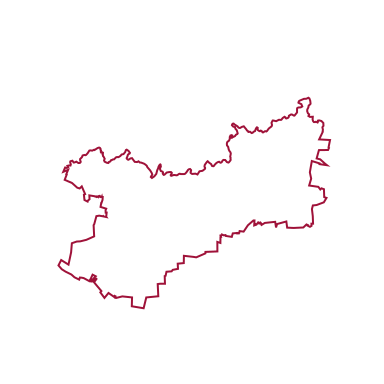 Dr Kenneth Kaunda, North West, South Africa, rotated 202°
{"feature_id": "47623444B93741575558004", "entity_name": "Dr Kenneth Kaunda", "entity_type": "district", "adm_level": 2, "iso_a3": "ZAF", "parent_name": "South Africa", "parent_adm1": "North West", "projection": "natural_earth1", "projection_center": [26.683, -26.884], "detail": "fine", "context": "isolated", "style": "outline", "palette": "rose", "viewbox_px": 384, "rotation_deg": 202, "n_neighbors": 0, "source": "geoboundaries", "source_scale": "gbopen_adm2", "svg_char_len": 6067}
<svg xmlns="http://www.w3.org/2000/svg" viewBox="0 0 384 384"><g transform="rotate(202 192 192)"><path d="M217.5,69.1L208.1,71.8L205.0,63.5L193.3,66.1L194.9,77.1L184.2,82.7L189.3,93.8L187.4,94.9L182.7,96.8L185.8,103.8L185.1,104.4L185.8,108.5L181.2,110.8L180.7,112.6L176.2,115.5L178.4,120.2L173.0,123.0L175.6,129.8L166.3,132.4L163.6,133.0L156.6,140.1L157.1,141.5L146.2,146.4L149.8,155.2L146.6,155.4L148.7,160.8L148.2,161.2L149.3,162.4L147.8,163.6L147.9,163.8L146.4,163.7L144.8,164.6L144.3,163.9L138.3,165.3L138.7,168.9L135.0,170.8L135.3,171.7L134.6,170.5L133.2,171.1L133.4,171.6L132.9,171.9L133.2,173.6L129.3,174.6L127.7,182.1L124.4,188.6L123.4,189.0L121.8,184.3L120.9,185.1L120.8,186.1L120.0,186.0L119.3,188.5L118.4,188.1L118.3,188.5L117.7,188.2L117.1,189.3L116.0,188.7L116.3,188.4L115.2,187.5L112.9,190.6L103.7,195.5L100.8,190.6L101.1,194.2L93.5,200.0L90.4,194.6L84.4,196.7L75.5,200.8L73.7,204.8L72.1,204.7L72.1,204.1L69.6,203.9L68.5,205.4L69.4,207.4L67.9,208.0L71.0,214.9L74.4,221.1L74.9,224.8L71.6,226.6L65.9,231.8L65.1,236.9L67.5,236.8L70.7,244.0L73.3,243.9L74.0,242.4L76.8,244.1L85.8,241.9L86.5,249.0L90.1,254.4L92.5,265.6L84.4,266.3L84.2,265.6L76.9,267.4L79.3,268.1L85.3,270.3L89.0,269.8L90.0,278.4L81.6,281.9L81.5,284.2L82.1,284.5L83.5,291.9L93.8,288.4L93.3,296.8L93.6,297.0L93.9,298.7L95.3,300.8L95.3,301.3L94.9,302.6L96.1,305.2L98.6,306.3L101.0,306.0L101.9,305.4L101.5,304.2L101.6,303.5L103.4,303.6L104.1,302.9L105.2,302.5L106.2,303.0L107.3,304.3L108.2,307.0L110.8,305.8L112.5,306.1L112.3,307.4L112.5,307.9L114.0,308.4L115.5,310.1L116.0,311.7L115.8,313.9L116.2,315.8L115.2,317.7L115.2,318.4L116.5,320.8L118.2,322.7L119.4,323.0L120.9,321.3L123.1,320.3L126.5,316.9L126.8,316.4L126.9,315.0L126.7,314.6L123.5,314.4L121.8,312.6L122.9,311.2L125.0,310.2L125.8,309.4L125.8,308.6L124.4,305.1L125.6,301.2L126.1,301.0L128.3,301.3L129.2,301.0L130.7,299.0L130.4,297.7L130.6,296.9L131.9,295.6L132.7,295.5L133.3,296.2L134.4,296.4L135.6,294.6L136.2,292.5L136.5,292.2L138.5,291.5L140.5,289.2L143.6,288.7L144.0,288.5L144.2,285.9L142.9,284.1L142.8,282.7L144.6,279.6L145.3,276.7L145.7,276.0L147.0,275.8L148.5,273.8L149.1,273.8L149.9,274.5L151.2,274.7L151.8,273.8L152.4,273.7L154.2,274.1L154.7,274.7L155.1,276.1L156.0,276.3L156.3,275.7L156.5,274.3L156.4,272.1L157.4,271.0L158.0,269.6L158.8,269.0L160.8,269.6L162.2,268.8L163.1,269.5L164.1,269.6L164.9,270.3L168.6,272.3L170.1,271.1L171.4,269.4L172.3,269.1L173.2,269.2L174.3,269.9L178.1,270.6L179.0,271.0L179.7,270.7L180.1,269.8L180.0,268.9L178.3,268.1L176.4,268.2L175.4,266.9L173.6,266.0L171.6,263.5L171.7,262.7L172.7,261.6L173.1,259.9L175.0,257.8L175.3,257.2L176.0,256.9L176.4,257.3L176.5,258.0L175.7,258.8L175.9,259.5L176.5,259.6L177.5,258.8L177.6,257.2L176.9,255.3L176.9,253.8L177.0,253.3L177.9,251.9L178.0,250.9L177.7,249.6L177.0,248.3L175.4,247.4L173.8,245.1L172.6,244.0L171.2,243.2L170.4,242.1L169.8,239.0L169.1,238.3L168.7,237.1L168.2,236.3L168.2,235.7L168.9,233.4L169.3,232.9L170.8,232.8L173.2,234.1L174.9,233.5L175.4,232.6L175.6,230.9L176.3,229.9L176.8,229.8L178.2,230.2L179.3,229.3L180.2,228.1L181.2,225.7L181.4,224.5L182.0,223.8L183.3,223.7L184.6,225.0L187.1,225.6L189.0,226.4L189.4,225.7L190.3,222.0L190.1,220.6L189.8,220.0L189.0,219.5L188.7,218.8L188.7,218.2L190.2,215.6L192.8,214.0L193.5,210.3L195.7,210.3L198.6,208.8L199.8,209.0L200.4,209.2L200.8,209.9L200.8,211.4L201.1,212.0L202.4,212.6L203.4,211.9L203.9,211.1L204.6,208.0L205.2,206.4L205.8,205.8L209.1,204.4L210.1,204.4L210.8,203.9L211.7,202.5L212.3,201.8L215.2,201.0L217.2,199.3L217.8,199.3L218.1,199.7L217.8,201.7L218.0,202.3L218.9,202.6L220.5,202.0L222.7,200.6L224.0,197.8L224.6,197.3L225.2,197.5L226.0,198.1L226.1,199.1L226.8,199.8L228.8,199.8L230.3,201.3L230.5,202.5L230.4,203.9L231.4,205.6L231.8,205.7L232.2,205.0L232.5,203.2L232.3,201.1L232.4,199.1L231.9,195.4L232.8,192.4L234.4,190.0L235.8,190.5L235.8,191.1L235.3,193.2L236.4,194.5L238.8,196.3L242.7,198.3L243.8,199.4L245.6,200.0L247.1,200.3L250.3,200.2L251.4,199.8L253.1,200.4L254.1,199.2L256.4,198.5L260.3,200.9L261.6,200.1L263.0,198.1L263.7,198.0L264.5,198.3L265.1,198.6L265.3,199.1L265.2,200.7L265.4,202.2L265.1,203.3L264.3,204.2L264.2,205.0L266.2,206.3L268.4,206.8L269.0,206.1L268.9,204.0L269.7,201.5L271.3,200.4L271.9,198.6L272.8,197.3L273.5,196.6L274.5,196.4L275.4,195.7L276.5,193.1L277.5,192.6L278.0,191.9L278.9,191.3L279.2,189.7L280.2,188.8L280.4,188.4L280.3,187.8L280.5,187.5L282.0,187.2L284.4,187.4L285.4,188.4L285.4,190.1L287.3,191.7L288.0,192.0L288.5,193.0L288.9,193.2L288.9,193.8L289.3,195.1L290.0,195.2L290.5,194.6L291.0,194.5L291.6,195.0L291.9,196.5L292.8,196.9L293.0,197.8L293.9,198.4L294.8,198.4L296.0,197.4L298.1,194.4L298.6,194.5L300.0,193.0L302.1,192.4L302.7,191.9L303.3,188.8L304.1,186.7L304.6,186.2L305.7,186.0L307.1,184.9L307.1,183.0L308.1,180.6L307.7,179.7L306.5,178.3L306.5,177.8L306.9,176.9L308.2,176.3L310.6,176.8L312.1,175.3L312.8,175.0L314.6,176.2L316.2,175.0L316.2,174.1L314.7,172.2L314.6,171.0L315.9,170.6L317.3,169.6L316.1,168.5L317.1,167.4L318.8,167.2L318.9,162.5L315.2,166.1L315.2,161.3L314.7,161.2L314.6,155.6L306.6,155.4L300.0,153.0L297.5,153.2L296.3,155.9L290.3,150.0L291.2,149.0L288.7,144.3L285.2,144.0L285.3,145.0L284.3,146.9L285.9,150.4L280.2,151.7L279.9,151.5L279.4,151.8L278.5,151.6L278.3,151.8L278.4,152.2L277.7,152.3L277.7,152.1L277.6,152.4L277.3,152.3L277.4,152.8L276.9,153.3L276.7,153.0L276.3,153.4L276.1,153.0L275.4,153.5L274.9,153.1L274.1,153.7L273.8,153.6L273.8,153.9L273.6,153.6L272.9,153.9L272.0,151.2L271.8,147.6L272.0,147.6L271.2,143.9L265.3,144.4L265.3,142.7L264.3,140.5L263.4,140.9L262.3,136.9L262.0,136.7L264.8,136.2L266.1,136.9L265.4,136.1L269.2,135.3L271.6,133.8L270.6,125.6L270.8,124.4L266.1,114.2L272.0,108.1L277.1,104.4L280.3,102.9L284.2,99.5L281.5,90.8L279.3,78.4L287.8,79.9L288.3,73.9L283.8,71.6L279.4,70.8L272.9,70.3L269.0,68.9L263.8,68.5L263.9,70.7L262.3,71.2L260.2,71.6L253.9,70.9L253.4,73.7L253.2,78.1L249.7,77.8L252.4,71.2L251.2,71.5L247.8,76.4L249.0,71.6L245.5,69.7L238.9,66.2L239.4,64.6L233.5,61.0L231.6,67.1L225.1,65.6L224.9,66.7L223.8,66.6L223.6,65.2L222.7,65.3L217.5,69.1Z" fill="none" stroke="#9f1239" stroke-width="2"/></g></svg>